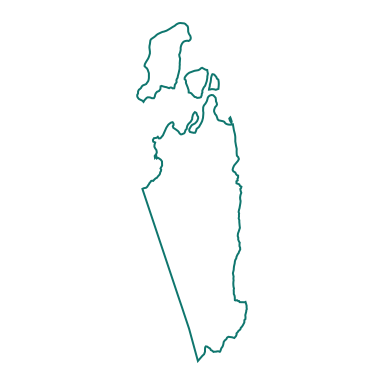 Humberto de Campos, Maranhão, Brazil (Equal Earth projection)
{"feature_id": "56859067B13754575893351", "entity_name": "Humberto de Campos", "entity_type": "district", "adm_level": 2, "iso_a3": "BRA", "parent_name": "Brazil", "parent_adm1": "Maranhão", "projection": "equal_earth", "projection_center": [-43.574, -2.645], "detail": "fine", "context": "isolated", "style": "outline", "palette": "teal", "viewbox_px": 384, "rotation_deg": 0, "n_neighbors": 0, "source": "geoboundaries", "source_scale": "gbopen_adm2", "svg_char_len": 5938}
<svg xmlns="http://www.w3.org/2000/svg" viewBox="0 0 384 384"><path d="M234.3,338.0L235.9,336.2L236.6,334.6L236.5,333.4L237.8,332.0L238.6,330.7L239.5,330.2L240.5,329.0L240.8,327.8L241.9,326.7L242.9,325.2L244.3,322.5L244.4,320.1L245.4,319.1L245.5,317.2L245.3,315.1L246.2,311.7L246.3,310.3L246.8,309.1L246.6,307.8L246.6,305.7L246.1,303.9L245.5,301.9L244.5,302.3L243.0,302.2L241.3,302.2L239.6,302.1L239.0,301.0L237.9,300.9L237.0,300.2L235.9,300.5L234.9,300.2L234.8,298.9L234.8,297.3L234.5,295.5L233.8,294.0L233.8,291.7L233.7,290.0L234.0,288.4L233.6,287.2L233.4,285.5L233.3,283.5L233.4,281.7L233.6,280.5L233.4,278.4L233.6,276.5L233.3,275.3L232.9,273.2L233.7,269.9L233.8,268.3L234.0,266.4L234.7,263.3L234.9,261.4L235.4,259.7L236.2,258.5L236.5,256.8L237.7,254.2L238.5,253.3L239.0,251.8L240.2,249.5L240.1,247.6L239.5,246.2L239.5,244.1L239.7,242.6L239.0,241.6L238.2,239.5L238.3,237.8L237.7,236.0L238.0,233.4L238.6,231.8L239.9,227.9L239.6,225.5L239.3,222.1L239.3,220.2L238.7,218.4L239.0,216.4L238.9,215.0L239.1,213.3L238.6,212.0L239.1,209.5L239.5,208.3L239.9,205.9L240.4,203.0L240.6,201.0L240.2,199.2L240.1,197.3L240.5,194.9L241.3,192.8L240.7,191.1L240.3,189.0L241.1,188.0L241.4,186.7L239.9,185.8L239.3,184.4L237.8,183.8L236.5,183.3L236.4,181.3L237.7,180.4L237.4,178.9L238.1,177.7L238.1,175.6L237.0,175.2L236.1,174.2L235.3,172.5L233.3,171.3L232.6,169.9L233.0,168.1L233.6,166.6L234.2,165.4L238.0,160.8L238.9,159.0L238.2,157.1L236.9,155.7L236.7,153.8L236.6,151.6L236.7,148.9L236.0,145.6L235.3,141.5L235.3,137.5L235.2,136.0L234.8,133.7L234.5,132.6L233.9,130.2L232.9,124.3L231.5,124.6L230.3,124.7L228.8,124.6L227.3,124.3L226.1,123.8L225.1,123.0L224.3,121.8L222.9,121.2L220.5,120.7L218.7,120.3L217.7,119.4L217.0,117.2L216.3,115.4L215.1,114.0L214.1,111.6L214.1,110.0L214.6,108.4L215.2,107.0L216.4,105.8L217.0,104.5L216.7,102.9L216.0,101.4L215.9,99.7L215.6,97.8L214.3,96.3L213.1,95.2L211.4,95.0L209.7,95.6L208.5,96.6L207.8,97.7L207.4,99.3L206.9,101.0L206.1,102.5L205.3,103.8L204.4,104.8L203.7,105.9L203.2,107.3L203.1,110.9L203.4,112.7L203.3,114.3L203.0,117.9L202.1,121.2L200.7,124.0L199.8,125.4L199.2,126.7L198.3,127.5L196.6,128.9L196.0,131.0L195.2,132.7L193.7,132.8L191.3,132.3L189.9,131.9L189.3,130.8L189.3,129.2L191.1,126.1L192.0,125.0L194.9,123.5L196.1,122.3L197.1,121.1L197.7,119.7L198.2,118.1L198.1,116.8L197.3,115.6L196.9,114.5L196.3,112.9L194.9,112.1L193.8,113.3L192.9,114.9L192.2,117.8L192.2,119.1L191.6,120.2L190.7,121.7L188.4,124.0L187.4,125.6L186.9,127.3L186.7,128.9L185.5,130.1L184.7,132.6L184.0,133.4L183.0,133.8L181.8,134.3L180.7,134.3L179.6,133.4L178.7,131.9L177.9,131.0L175.6,129.3L173.3,127.8L172.8,126.2L173.6,125.0L173.5,123.5L172.6,122.2L171.2,122.5L169.6,123.6L168.3,124.7L167.4,126.1L166.4,127.6L162.9,135.4L161.9,136.5L161.0,137.7L160.0,138.4L158.9,138.4L157.8,136.8L156.7,137.8L153.9,138.2L152.9,140.0L153.2,141.6L155.2,142.5L154.5,144.8L154.4,146.8L155.2,148.4L156.4,150.1L156.8,152.2L156.4,153.7L154.7,156.0L155.0,157.9L156.4,156.5L156.8,158.4L157.9,157.8L159.0,158.4L160.8,159.7L162.0,161.4L162.1,165.6L161.3,167.0L160.5,168.5L161.2,169.7L160.9,171.2L160.2,172.3L160.0,173.7L159.4,174.8L157.9,176.4L156.9,177.8L155.6,178.4L154.3,179.6L153.2,180.9L152.0,180.7L151.0,181.1L150.2,182.4L149.4,183.2L148.9,184.3L148.1,185.3L147.3,186.7L146.2,187.7L143.5,188.3L142.4,188.9L175.7,288.7L178.2,296.2L182.1,307.7L184.2,314.1L189.1,328.8L197.9,361.0L202.2,356.0L204.1,354.2L205.0,351.7L205.0,349.0L205.2,347.3L205.8,346.4L207.1,346.6L208.7,347.7L210.2,348.6L210.8,350.0L212.5,350.9L213.5,351.9L214.5,351.7L216.0,351.7L217.2,351.3L218.5,351.3L219.8,351.8L220.5,350.8L221.0,349.1L221.6,347.8L222.5,346.7L223.1,345.1L223.4,343.9L223.7,342.0L224.8,340.4L226.3,339.2L227.1,337.6L228.4,336.8L232.2,337.3L234.3,338.0ZM143.5,101.9L144.4,100.3L146.6,97.9L147.7,97.3L148.8,97.3L150.2,97.5L151.9,98.2L153.9,98.2L154.8,96.6L155.0,95.2L155.7,93.4L157.0,91.8L159.0,91.0L160.3,89.3L160.5,88.0L160.6,86.3L161.6,85.9L162.7,86.3L164.9,86.9L166.5,87.2L169.1,88.2L170.3,87.5L171.5,87.6L172.7,88.4L174.2,88.3L174.6,86.5L174.9,84.6L175.6,83.7L176.6,82.2L176.4,80.2L176.9,78.8L177.6,77.7L177.8,76.3L178.1,75.1L178.6,73.3L179.6,68.8L179.6,66.5L179.8,64.6L179.7,63.3L180.1,58.6L179.5,56.7L179.2,54.7L179.9,53.1L180.4,51.3L180.7,49.6L180.6,48.0L180.9,46.4L181.4,44.9L182.0,43.7L182.9,42.4L184.0,41.5L185.3,41.0L187.2,40.7L188.6,41.0L189.7,40.3L190.5,39.3L190.8,38.0L190.4,36.1L188.9,33.7L188.2,31.7L188.1,28.1L187.7,26.3L186.4,25.1L185.4,24.0L184.2,23.4L181.2,23.1L180.1,23.0L178.5,23.3L176.5,24.3L174.6,25.9L172.6,27.0L171.4,27.8L169.5,29.0L166.5,30.7L163.9,31.6L162.5,31.9L161.3,32.4L158.1,33.9L156.6,34.9L155.5,36.0L154.0,37.2L152.6,38.1L151.1,39.2L150.4,40.3L149.9,44.0L149.5,45.9L149.4,47.6L149.9,51.4L149.9,53.5L149.0,56.6L148.2,58.5L145.9,62.2L144.9,64.1L144.5,66.0L145.6,67.3L146.7,68.1L147.6,69.5L148.9,73.2L148.9,74.8L148.9,76.6L148.9,78.0L148.6,79.9L148.1,81.3L147.2,82.5L146.2,84.0L145.2,84.5L143.1,85.3L141.9,86.3L140.9,88.1L139.9,89.0L138.9,89.7L138.1,91.3L138.0,93.5L137.2,95.0L137.3,96.7L138.3,98.3L139.1,99.1L142.4,100.7L143.5,101.9ZM199.4,97.7L200.9,97.2L201.7,95.2L201.8,93.7L202.4,92.6L202.3,90.8L202.7,89.7L203.8,87.4L205.1,85.8L205.8,83.9L206.7,81.3L207.3,77.9L207.3,76.5L207.9,73.6L207.5,71.8L207.2,70.0L205.5,69.7L202.1,67.8L200.8,68.4L199.9,69.3L198.5,70.1L197.5,70.3L194.5,70.8L189.3,72.7L187.4,74.1L186.4,75.2L185.3,76.6L184.7,77.7L184.6,79.1L185.7,80.2L186.0,81.5L185.9,82.7L186.3,83.9L187.6,87.1L188.6,90.1L188.7,92.5L190.2,92.8L191.4,93.4L192.6,94.8L193.8,96.0L194.6,96.9L195.8,97.1L197.2,97.9L199.4,97.7ZM218.4,88.9L218.7,86.0L218.8,83.9L218.7,81.9L218.3,79.6L216.9,78.6L216.5,77.3L215.4,75.9L214.6,75.0L213.8,74.4L212.4,74.2L211.8,75.3L211.1,77.7L210.9,80.0L210.6,82.1L209.9,84.5L209.7,86.5L209.2,88.1L209.0,89.6L210.6,89.4L211.7,89.1L213.3,89.2L214.5,89.4L215.8,89.8L218.4,88.9ZM231.7,121.5L230.9,118.9L230.3,117.4L229.3,118.5L229.8,120.2L230.4,121.4L231.4,122.8L231.7,121.5Z" fill="none" stroke="#0f766e" stroke-width="2"/></svg>